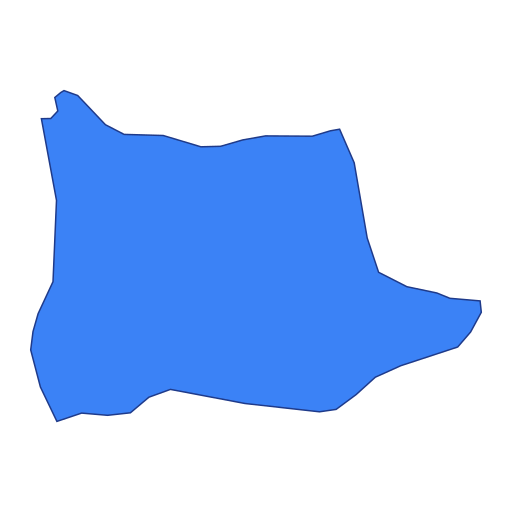 map outline of Bayburt (Robinson projection)
{"feature_id": "TUR-3032", "entity_name": "Bayburt", "entity_type": "Province", "adm_level": 1, "iso_a3": "TUR", "parent_name": "Turkey", "parent_adm1": "", "projection": "robinson", "projection_center": [40.231, 40.313], "detail": "fine", "context": "isolated", "style": "filled", "palette": "blue", "viewbox_px": 512, "rotation_deg": 0, "n_neighbors": 0, "source": "natural_earth", "source_scale": "10m", "svg_char_len": 665}
<svg xmlns="http://www.w3.org/2000/svg" viewBox="0 0 512 512"><path d="M245.0,403.5L170.4,389.4L148.9,397.2L130.4,412.8L107.6,415.3L81.6,413.1L56.9,421.4L40.4,387.0L30.7,349.9L33.0,331.6L38.1,313.7L53.0,281.7L56.5,200.4L41.4,118.7L50.8,118.5L57.8,111.0L54.8,97.5L60.8,92.5L64.0,90.6L77.7,95.5L105.4,124.7L124.1,134.4L163.2,135.5L200.9,146.8L220.6,146.3L242.8,139.9L265.5,135.9L312.3,136.2L330.4,130.8L339.6,129.2L354.2,162.8L367.2,238.0L378.6,272.3L406.9,286.7L436.9,293.0L449.9,298.3L480.1,300.9L481.3,312.3L470.6,332.0L457.7,347.0L400.8,365.7L375.3,377.2L356.1,394.6L336.1,409.4L319.5,411.8L245.0,403.5Z" fill="#3b82f6" stroke="#1e3a8a" stroke-width="1.5"/></svg>